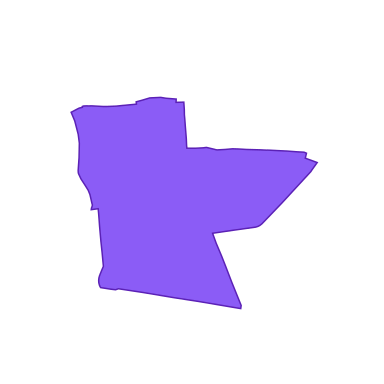 outline of Gamaliyya, Al Qahirah, Egypt, rotated 63°
{"feature_id": "37247803B35159038955302", "entity_name": "Gamaliyya", "entity_type": "district", "adm_level": 2, "iso_a3": "EGY", "parent_name": "Egypt", "parent_adm1": "Al Qahirah", "projection": "robinson", "projection_center": [31.265, 30.053], "detail": "fine", "context": "isolated", "style": "filled", "palette": "violet", "viewbox_px": 384, "rotation_deg": 63, "n_neighbors": 0, "source": "geoboundaries", "source_scale": "gbopen_adm2", "svg_char_len": 1842}
<svg xmlns="http://www.w3.org/2000/svg" viewBox="0 0 384 384"><g transform="rotate(63 192 192)"><path d="M235.7,316.8L241.5,308.8L244.4,304.5L244.6,303.0L244.8,301.5L259.2,281.4L277.7,256.4L292.4,236.0L313.2,208.0L318.0,201.5L315.4,199.7L290.1,197.5L273.9,195.8L262.5,194.7L248.5,193.7L239.0,192.5L238.6,192.5L238.1,192.4L244.9,172.3L252.2,151.2L252.6,148.8L252.6,146.8L252.1,144.2L242.7,117.1L235.5,97.7L227.8,76.9L227.1,75.7L226.4,74.4L222.6,67.1L213.3,75.7L209.4,72.4L208.4,73.2L207.4,74.1L205.7,77.0L204.9,78.4L204.1,79.8L198.8,88.5L194.4,96.2L189.5,104.7L189.0,105.6L188.6,106.5L185.4,112.1L178.8,124.2L174.7,131.2L171.9,136.3L169.2,143.0L165.9,150.5L165.0,151.7L164.0,152.8L158.9,158.8L158.6,159.5L158.2,160.6L157.8,161.8L154.6,169.0L152.3,173.5L150.6,176.7L149.4,176.2L148.1,175.7L142.0,172.9L129.9,167.9L123.7,165.3L119.7,163.7L115.0,161.4L108.2,158.5L104.9,165.5L102.0,163.9L96.6,172.7L93.5,176.9L89.0,186.9L87.5,195.1L86.3,200.8L87.4,201.2L88.5,201.6L85.4,209.5L85.0,210.5L84.6,211.6L83.4,214.5L81.1,220.5L77.0,229.4L75.5,232.3L69.7,242.3L68.6,244.6L68.1,245.6L67.5,246.6L66.1,249.7L66.0,250.9L66.3,251.0L66.8,251.2L66.1,254.0L66.0,254.5L66.0,255.9L66.0,257.2L66.1,263.5L75.4,264.2L88.9,267.2L97.3,270.2L103.5,273.5L110.2,277.1L119.2,282.5L120.2,283.1L121.2,283.7L123.0,284.5L123.7,284.7L124.4,284.8L129.9,285.0L138.5,284.1L143.3,283.7L147.9,284.1L157.1,286.4L158.3,286.6L159.2,287.3L160.2,288.3L160.4,288.6L161.0,289.1L162.0,289.8L164.3,283.2L168.1,284.7L173.2,286.8L180.3,289.8L194.7,295.6L204.9,299.5L218.0,304.7L221.7,309.1L222.4,309.8L223.0,310.6L224.3,312.0L224.7,312.5L225.3,313.0L225.8,313.5L226.4,314.0L227.0,314.4L227.6,314.8L228.2,315.2L228.9,315.5L229.5,315.8L230.2,316.1L230.9,316.3L231.6,316.5L232.3,316.6L233.0,316.8L233.7,316.8L234.5,316.9L235.7,316.8Z" fill="#8b5cf6" stroke="#5b21b6" stroke-width="1.5"/></g></svg>